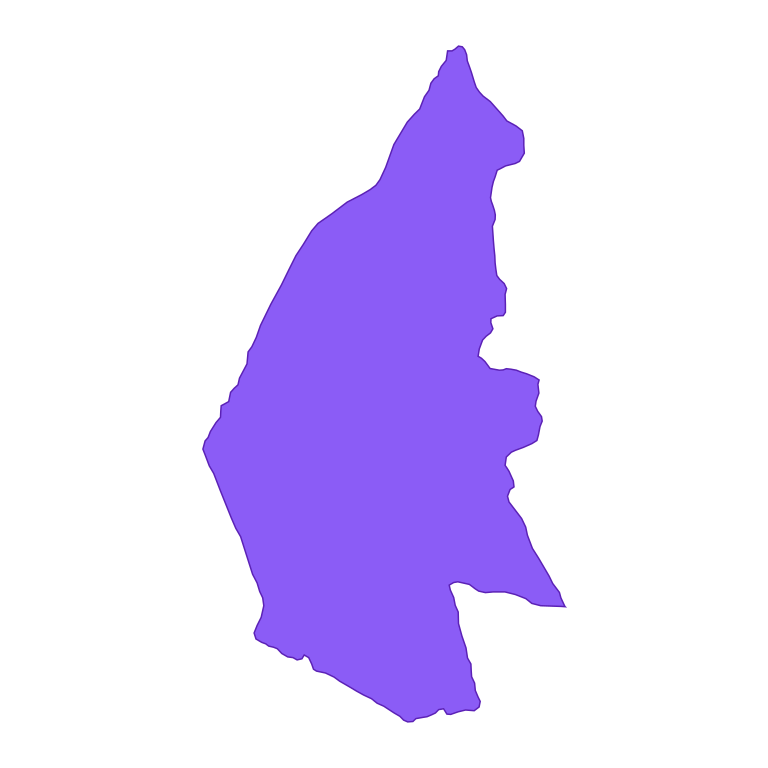 the district of Pajala, Norrbotten, Sweden
{"feature_id": "70781695B61999332123961", "entity_name": "Pajala", "entity_type": "district", "adm_level": 2, "iso_a3": "SWE", "parent_name": "Sweden", "parent_adm1": "Norrbotten", "projection": "mercator", "projection_center": [23.06, 67.406], "detail": "fine", "context": "isolated", "style": "filled", "palette": "violet", "viewbox_px": 768, "rotation_deg": 0, "n_neighbors": 0, "source": "geoboundaries", "source_scale": "gbopen_adm2", "svg_char_len": 3050}
<svg xmlns="http://www.w3.org/2000/svg" viewBox="0 0 768 768"><path d="M221.2,405.7L220.8,411.0L220.5,417.3L216.0,422.6L210.4,431.5L208.1,437.5L205.1,440.9L202.9,449.1L205.5,455.8L209.3,465.9L213.7,473.4L220.5,491.0L225.0,502.2L231.3,517.9L235.8,528.3L240.6,536.6L252.6,574.3L257.1,582.9L259.7,591.5L262.7,597.8L263.8,605.7L261.2,617.3L257.1,625.5L254.1,633.0L256.0,639.0L261.6,642.3L262.9,642.8L265.7,643.8L268.7,646.1L273.5,647.2L277.3,648.7L281.8,653.5L287.7,656.9L293.0,657.6L297.1,659.9L301.9,658.8L304.2,655.0L308.7,657.6L311.7,664.0L313.5,669.2L316.5,671.1L325.5,673.0L334.1,677.1L339.7,681.2L347.5,685.7L356.9,691.3L363.6,695.0L371.5,698.7L377.1,703.2L383.8,706.2L389.0,709.6L394.2,713.0L399.9,716.3L403.6,720.1L407.7,721.9L412.9,721.5L415.7,718.8L415.9,718.6L422.7,717.4L427.1,716.7L431.6,714.8L435.4,713.0L438.7,709.6L443.6,708.8L446.9,714.1L450.7,714.4L458.2,711.8L465.6,710.0L474.2,710.7L479.1,707.0L480.2,701.4L478.0,696.9L475.3,690.5L474.6,683.1L471.6,676.7L471.2,670.7L470.9,664.0L467.5,658.0L466.0,647.9L461.9,636.0L458.5,623.6L458.2,612.0L455.2,605.3L453.7,597.5L450.3,590.0L449.2,585.1L453.7,582.5L457.8,581.8L469.4,584.4L475.3,588.9L478.7,591.1L485.4,592.6L493.3,591.9L504.9,591.9L515.3,594.5L525.8,598.6L531.8,603.4L540.7,605.7L560.9,606.4L565.1,606.7L564.9,606.5L560.9,597.9L559.4,592.4L552.7,583.5L549.1,576.1L538.6,558.2L532.4,548.4L527.4,535.2L525.7,527.1L521.6,518.5L509.0,502.0L507.5,496.2L510.1,489.5L514.0,486.9L513.3,480.9L509.0,471.3L506.8,467.8L505.1,465.4L506.3,457.0L511.3,452.2L515.4,450.3L523.3,447.4L531.9,443.6L536.9,440.5L538.4,435.0L540.0,426.6L542.2,421.1L541.5,416.6L537.7,411.3L535.3,406.3L536.0,401.3L538.9,393.1L537.9,384.3L539.1,380.0L534.3,376.9L526.7,373.8L521.2,372.1L516.4,370.2L510.9,369.2L506.3,368.7L503.2,369.9L499.4,370.2L490.1,368.5L485.0,361.6L481.4,358.2L478.1,356.3L479.3,348.9L482.6,340.0L486.2,336.2L490.5,332.9L492.9,328.8L490.8,322.6L491.0,318.7L497.2,315.9L503.2,315.6L505.4,312.3L505.4,304.6L505.1,294.4L506.6,288.6L504.2,283.6L499.6,279.3L496.8,275.5L495.8,268.8L495.1,262.8L494.8,255.8L494.1,249.1L493.4,240.8L492.4,226.2L495.1,219.5L495.3,214.9L494.4,210.4L492.7,205.1L491.3,201.3L490.5,197.7L492.0,187.4L493.4,181.5L495.1,176.9L497.2,170.2L500.1,168.8L505.6,165.9L509.2,165.0L515.2,163.5L519.5,161.4L524.3,153.2L523.8,145.3L523.8,138.4L522.3,130.8L516.1,126.0L506.8,120.9L503.0,115.9L497.5,109.7L490.3,101.6L483.1,96.1L479.5,92.2L476.2,87.5L474.3,82.0L471.4,72.4L469.5,66.9L467.3,60.9L466.6,54.7L464.7,49.7L462.3,46.8L458.5,46.1L454.9,49.2L452.0,50.9L447.6,50.9L446.2,60.4L441.3,66.4L438.7,71.6L438.3,75.8L434.2,78.7L430.9,83.2L429.0,90.3L424.5,96.7L419.7,109.0L414.4,114.2L407.3,122.1L393.9,144.5L385.7,167.3L380.0,179.6L375.9,185.3L370.0,189.7L361.7,194.6L347.2,202.1L331.5,214.0L318.0,223.4L311.7,230.8L303.4,244.3L296.0,255.5L288.9,269.7L281.4,285.0L270.9,304.1L260.5,325.4L256.3,337.4L251.9,346.7L248.1,351.9L247.0,363.9L242.1,373.2L239.5,378.1L238.0,384.8L234.3,388.2L230.6,392.3L228.7,401.6L224.6,403.9L221.2,405.7Z" fill="#8b5cf6" stroke="#5b21b6" stroke-width="1.5"/></svg>